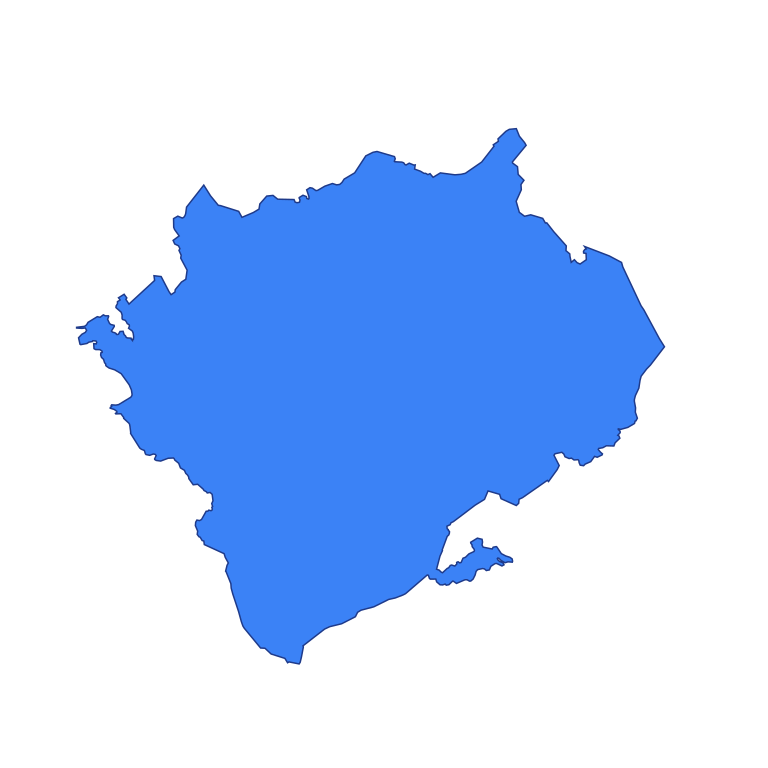 outline of Kastuļinas pag., Aglonas, Latvia, rotated 343°
{"feature_id": "27541924B97590463974978", "entity_name": "Kastuļinas pag.", "entity_type": "district", "adm_level": 2, "iso_a3": "LVA", "parent_name": "Latvia", "parent_adm1": "Aglonas", "projection": "albers", "projection_center": [27.187, 56.158], "detail": "fine", "context": "isolated", "style": "filled", "palette": "blue", "viewbox_px": 768, "rotation_deg": 343, "n_neighbors": 0, "source": "geoboundaries", "source_scale": "gbopen_adm2", "svg_char_len": 6171}
<svg xmlns="http://www.w3.org/2000/svg" viewBox="0 0 768 768"><g transform="rotate(343 384 384)"><path d="M589.7,197.3L589.0,194.2L585.9,186.6L585.2,178.5L578.3,177.1L574.4,178.0L564.7,182.9L564.3,185.4L558.4,187.2L558.7,188.8L542.3,200.3L523.4,206.3L519.0,206.0L513.0,204.7L499.6,198.6L491.4,200.7L489.5,196.3L487.2,196.6L485.4,194.7L483.8,194.2L481.1,191.2L476.1,187.4L477.9,183.6L476.6,183.4L472.7,180.2L469.1,181.0L468.2,180.3L467.5,178.2L465.9,177.0L459.3,174.6L459.0,174.0L460.6,171.9L460.5,169.6L445.3,159.6L441.2,159.2L433.3,160.5L417.7,173.5L405.8,176.4L402.7,179.0L400.0,180.2L396.9,179.7L393.3,177.2L385.3,177.5L377.2,179.4L375.5,179.2L372.8,175.8L370.6,174.6L366.8,175.7L367.0,182.8L366.5,184.7L365.9,185.1L364.4,184.0L364.6,182.1L361.7,179.8L357.4,180.9L357.2,181.5L357.5,183.5L356.3,185.5L353.8,185.2L352.2,184.1L351.9,181.3L336.4,176.2L333.0,171.2L326.8,170.0L317.9,175.5L315.6,180.2L309.2,181.8L296.9,183.1L295.5,176.4L279.8,165.6L277.8,164.7L273.1,153.3L269.8,141.1L246.9,157.1L244.2,163.0L243.0,164.7L241.2,166.1L239.6,166.3L235.9,163.2L231.1,164.3L228.7,172.7L228.9,175.1L231.4,182.5L224.3,185.0L224.8,188.9L227.9,191.8L228.4,194.9L227.0,196.3L227.7,201.5L226.4,204.2L229.0,217.6L225.1,225.9L220.1,227.3L212.0,232.7L210.9,235.0L206.5,236.3L205.4,232.9L202.3,216.1L195.7,213.2L194.9,217.9L163.5,233.0L161.9,227.6L163.2,226.5L161.7,222.2L155.3,223.9L156.2,226.2L156.1,226.6L153.2,227.3L152.6,229.3L150.6,231.1L150.0,232.6L153.7,238.6L153.7,241.6L152.7,244.6L152.8,245.8L155.1,247.4L155.8,249.1L156.1,251.2L157.6,252.8L157.5,254.2L156.0,256.0L158.8,259.8L159.0,262.0L158.4,265.7L157.3,268.2L156.2,267.5L156.0,268.5L155.4,267.2L155.5,266.2L152.0,264.9L151.1,264.0L150.9,262.6L149.9,260.7L149.9,257.3L146.9,256.6L144.6,258.8L143.3,258.7L142.6,258.3L142.6,257.5L141.6,256.3L139.5,255.0L138.8,253.7L142.9,250.1L143.1,249.0L140.0,247.1L139.2,245.7L138.6,241.3L140.4,239.0L140.4,238.2L137.4,237.3L135.8,235.8L132.0,237.2L129.5,235.8L125.9,236.7L119.0,238.5L116.8,240.5L114.5,241.3L106.6,239.9L106.4,240.6L111.4,242.5L114.7,243.1L115.3,245.7L113.5,247.3L109.6,248.1L105.4,250.5L104.9,257.1L105.5,257.7L111.8,258.4L114.0,257.7L117.5,258.1L118.2,257.5L121.1,258.6L121.5,260.1L120.5,261.5L118.2,260.5L117.0,265.4L118.2,266.7L122.4,268.1L124.0,270.2L123.7,271.4L122.4,271.4L121.5,273.4L121.6,276.0L123.0,278.4L123.0,282.0L123.7,283.4L123.4,284.7L123.6,285.6L125.8,288.4L130.6,291.7L135.7,297.3L140.1,310.3L140.7,315.8L140.1,320.1L139.5,321.4L138.0,322.6L124.2,326.1L121.4,325.8L117.5,324.3L116.8,324.8L117.0,325.8L115.4,326.4L115.1,327.1L118.6,329.5L120.5,332.0L120.3,333.0L118.6,333.6L118.8,334.2L123.7,335.5L125.3,340.0L125.0,340.8L128.6,346.9L128.9,348.0L128.7,350.1L127.6,356.3L127.2,357.2L131.7,373.8L132.8,375.4L135.4,377.5L135.4,380.9L135.8,381.9L139.1,383.7L142.9,383.5L144.7,384.4L145.2,385.8L142.7,388.6L142.7,389.2L143.8,390.5L147.9,392.4L155.9,391.9L161.0,393.2L161.5,394.0L161.7,395.6L164.5,399.8L164.8,404.7L167.9,408.2L168.3,411.5L169.5,413.6L170.0,415.6L169.7,417.5L172.1,424.6L176.5,425.4L180.4,431.8L180.7,433.2L182.7,435.2L183.1,436.5L186.0,436.9L187.4,439.3L186.3,445.7L184.3,448.0L184.3,451.0L183.3,451.6L183.3,453.3L182.8,454.2L181.5,454.6L179.6,453.4L178.3,454.1L176.7,453.7L169.9,460.2L167.7,460.7L165.3,459.4L163.5,461.1L162.2,464.3L162.8,470.2L161.4,473.2L162.4,476.0L163.4,476.8L164.3,480.5L165.8,481.5L165.2,485.0L181.5,499.5L181.5,503.3L182.8,509.6L180.9,511.5L177.8,516.7L178.1,517.3L179.2,530.1L178.2,534.5L178.0,540.6L178.4,559.3L178.1,569.6L178.3,574.2L179.0,576.8L188.8,600.4L192.9,601.9L197.1,609.2L209.0,617.4L210.3,622.4L211.9,622.0L221.0,626.9L222.5,625.6L225.2,621.0L230.0,611.9L230.0,610.7L255.5,601.0L261.2,600.2L273.4,600.9L288.6,598.2L292.0,594.6L295.9,593.6L309.1,594.1L325.5,591.4L332.2,591.9L340.5,591.3L343.3,590.8L369.5,579.3L370.5,579.9L370.6,583.1L371.2,584.1L376.5,585.7L376.5,588.6L378.9,592.4L381.4,593.3L384.0,593.2L384.7,594.6L387.4,594.9L391.9,592.6L392.6,592.8L395.0,595.9L404.2,594.9L406.2,595.5L408.1,597.5L409.4,597.8L412.2,596.6L415.3,593.3L417.3,590.1L419.3,588.9L424.3,589.3L426.0,590.2L427.3,592.3L430.4,592.6L432.9,589.6L437.7,588.2L439.3,588.6L443.6,592.5L445.9,592.0L445.5,589.8L442.7,587.6L441.4,585.3L441.3,584.1L441.9,583.7L442.9,584.2L444.4,587.0L447.5,590.3L450.6,590.3L454.6,591.9L455.2,591.0L455.4,588.7L453.7,586.5L450.1,584.0L446.6,580.5L444.3,572.9L443.8,572.3L440.7,572.0L439.2,573.4L431.1,569.0L430.7,566.6L432.0,564.0L432.4,561.2L428.2,558.7L420.6,560.7L420.5,561.8L421.1,563.3L420.8,565.4L421.9,568.4L421.8,569.7L421.1,570.5L415.5,571.3L411.3,573.5L408.6,573.7L405.6,577.2L404.1,577.2L402.9,575.7L402.0,575.7L401.3,575.9L401.0,577.4L398.5,578.8L395.8,576.9L394.3,576.9L392.2,578.6L390.4,578.9L384.8,581.6L383.8,580.8L382.3,578.1L380.1,576.5L387.2,565.0L391.2,560.4L391.2,559.6L399.9,548.2L401.9,547.2L403.0,545.6L403.5,544.2L402.7,542.6L402.9,542.0L402.1,540.9L402.6,538.4L406.1,537.9L407.5,536.3L410.1,535.9L435.8,526.5L446.4,523.7L452.2,516.7L462.3,523.3L462.4,527.9L475.0,538.9L477.9,537.5L479.5,533.7L483.2,533.2L512.0,523.9L512.8,525.4L524.6,516.5L527.7,513.2L525.7,501.8L527.2,500.7L534.1,501.3L535.5,503.6L535.8,506.5L539.2,509.4L541.6,509.7L543.5,512.2L547.4,513.1L547.9,514.1L547.6,516.4L547.9,519.0L551.0,520.5L553.0,519.4L559.0,518.7L564.2,514.8L566.5,516.4L571.8,515.6L572.5,514.7L571.1,512.5L569.7,509.3L570.4,508.4L574.6,508.9L578.6,508.1L585.7,510.5L587.8,507.8L593.7,504.8L593.5,502.3L592.6,501.4L595.5,499.7L595.9,498.9L595.7,497.4L594.7,496.1L595.0,495.4L597.1,496.6L604.5,496.8L612.0,495.0L613.3,492.9L614.2,492.9L616.3,490.8L616.1,484.4L617.6,480.4L618.4,473.5L619.0,471.9L621.0,468.6L626.5,462.5L629.9,455.4L632.2,451.7L639.6,446.4L644.3,443.8L663.1,430.4L660.6,421.1L654.2,389.2L652.7,384.3L646.6,341.9L646.7,337.2L636.9,327.4L616.0,311.1L616.9,314.0L615.3,314.1L613.6,315.4L613.2,317.1L615.4,318.2L613.8,324.3L606.6,326.6L604.1,324.4L602.4,320.8L598.6,322.4L599.2,316.1L599.7,313.9L597.0,309.7L598.7,305.2L590.9,288.1L586.8,277.5L585.4,277.2L584.2,272.0L573.8,265.1L567.5,264.7L563.6,259.4L563.8,247.9L572.1,238.4L573.3,233.3L577.4,230.1L573.6,222.8L575.2,215.2L571.6,210.3L571.7,209.2L589.7,197.3Z" fill="#3b82f6" stroke="#1e3a8a" stroke-width="1.5"/></g></svg>